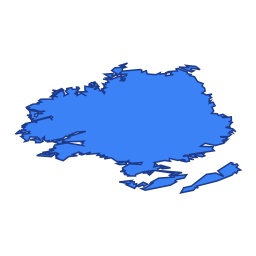 the district of Smøla nor, Møre og Romsdal, Norway
{"feature_id": "86288312B9709733023788", "entity_name": "Smøla nor", "entity_type": "district", "adm_level": 2, "iso_a3": "NOR", "parent_name": "Norway", "parent_adm1": "Møre og Romsdal", "projection": "robinson", "projection_center": [8.005, 63.377], "detail": "fine", "context": "isolated", "style": "filled", "palette": "blue", "viewbox_px": 256, "rotation_deg": 0, "n_neighbors": 0, "source": "geoboundaries", "source_scale": "gbopen_adm2", "svg_char_len": 5749}
<svg xmlns="http://www.w3.org/2000/svg" viewBox="0 0 256 256"><path d="M127.5,63.1L119.7,65.5L123.4,67.3L115.0,67.7L111.7,70.5L116.9,73.9L115.5,74.3L117.2,75.9L121.0,71.9L120.3,74.4L126.7,74.2L126.5,75.7L122.0,76.4L123.2,79.0L125.4,77.7L123.7,79.1L124.9,79.0L124.4,80.8L120.8,80.6L122.6,79.4L121.0,78.8L121.4,75.7L110.6,79.6L109.4,78.6L115.4,75.4L111.9,75.1L112.9,73.6L104.5,74.2L110.8,77.8L105.8,78.0L107.9,79.6L107.5,79.8L103.0,79.0L106.9,79.8L108.8,82.3L105.6,82.8L105.9,84.5L102.8,83.7L105.2,87.0L103.3,87.2L105.7,87.8L100.7,89.3L103.2,89.4L102.3,90.3L104.9,92.1L103.6,92.8L104.7,94.4L102.2,90.8L99.6,90.7L98.4,87.5L94.4,89.8L96.4,86.6L98.7,86.4L97.2,84.4L97.2,86.0L92.2,86.3L95.8,83.8L94.9,81.9L93.5,82.4L94.1,83.6L91.8,82.5L89.1,84.1L89.1,85.6L91.9,84.5L90.8,85.8L92.5,87.4L84.9,86.2L84.9,90.0L86.8,91.7L79.3,91.9L86.3,95.9L81.5,93.2L77.0,95.4L77.8,92.5L75.9,94.1L75.0,93.6L79.4,88.4L78.5,87.2L76.5,87.1L77.1,89.2L72.2,89.3L71.8,87.6L66.2,88.7L67.9,89.2L65.4,91.2L68.3,93.8L64.1,95.8L64.5,93.3L62.6,91.5L63.7,90.2L61.7,88.6L58.8,89.9L61.6,90.3L60.4,91.5L52.5,90.0L55.6,92.1L52.6,93.0L54.3,94.4L52.2,94.9L53.7,95.0L59.7,91.6L54.2,96.0L57.8,97.0L51.7,95.7L50.5,96.7L53.8,96.7L52.3,97.8L53.0,99.1L40.7,99.2L38.7,100.8L41.3,102.0L36.6,103.1L39.7,103.7L32.7,104.2L26.3,107.3L27.2,108.7L30.4,107.6L27.5,109.0L28.4,109.8L33.1,109.4L39.9,111.5L45.2,111.1L40.5,111.7L42.2,113.5L38.0,113.8L36.7,117.0L34.7,116.0L34.8,114.2L39.4,113.2L38.3,112.7L39.1,111.8L29.2,110.3L30.6,114.4L29.4,114.9L31.3,115.4L31.1,116.1L27.0,114.9L30.8,117.2L29.4,117.6L31.1,118.8L30.0,119.1L34.2,118.7L31.5,119.7L31.8,121.4L51.4,116.1L52.6,117.3L51.3,118.5L52.2,120.3L50.1,117.3L38.2,120.1L36.1,121.6L36.7,123.1L34.9,121.6L25.7,123.5L21.6,126.1L25.7,124.6L26.6,124.9L21.3,127.6L23.8,126.4L25.0,127.2L23.3,128.1L23.9,129.7L26.5,130.2L20.8,129.8L22.0,130.4L20.9,132.1L19.7,130.6L15.4,134.0L30.4,131.3L28.5,132.3L29.6,133.5L22.4,134.2L22.1,135.7L24.1,136.2L21.0,136.5L25.9,140.3L24.8,141.5L28.5,140.6L30.0,136.9L37.6,137.2L40.8,140.3L35.4,138.5L30.1,139.8L34.9,140.2L36.1,142.2L35.0,142.7L40.3,142.6L43.0,141.4L42.3,140.3L44.3,138.5L42.7,138.0L44.5,136.8L44.1,139.5L45.6,141.0L50.0,140.5L46.7,141.9L52.2,141.5L53.7,140.8L51.2,140.7L62.9,138.4L65.6,136.1L68.7,137.0L68.4,135.5L77.0,132.0L85.9,131.4L69.8,136.2L69.8,137.5L63.7,139.6L64.0,140.9L62.6,141.1L62.9,139.4L54.0,142.0L60.2,144.1L63.8,141.9L83.7,141.3L81.7,142.7L83.2,143.0L81.9,144.7L82.9,145.5L66.6,142.9L54.6,145.1L53.6,147.3L56.4,148.1L48.9,149.5L54.2,150.4L42.3,152.5L53.1,153.1L48.2,153.6L51.3,154.9L41.2,153.7L36.7,155.6L51.3,156.7L54.9,154.2L52.4,153.6L55.4,152.4L58.0,153.5L55.2,154.9L57.7,154.9L55.8,156.2L57.5,157.8L55.4,158.0L63.2,160.7L68.7,156.6L77.4,155.7L72.8,154.4L78.9,152.0L81.6,153.3L78.6,153.8L81.8,154.9L90.7,152.2L86.3,154.4L98.9,153.4L97.2,155.3L100.6,155.1L100.3,156.4L103.9,154.9L104.7,156.0L103.4,155.9L101.8,157.1L107.9,156.8L104.3,158.9L111.3,157.8L117.0,161.6L125.8,161.6L116.5,163.5L119.6,164.7L126.6,164.3L126.0,162.8L127.5,162.0L126.5,161.6L128.7,160.6L128.2,162.1L130.2,162.6L129.4,163.4L142.1,162.5L140.9,164.5L129.6,163.8L122.5,168.0L123.4,169.4L122.2,169.6L124.5,170.4L120.1,171.5L124.8,171.8L124.3,173.1L126.8,173.2L123.9,174.4L129.4,175.0L126.9,176.0L135.6,176.0L135.8,174.5L144.4,171.5L145.5,172.4L143.3,172.7L143.3,173.1L149.7,172.7L148.1,173.9L149.5,175.1L154.2,170.8L145.9,171.4L154.4,170.4L173.7,173.3L169.4,175.3L170.5,176.1L182.1,172.6L157.8,170.5L157.5,168.8L161.2,167.8L159.7,166.6L164.7,167.8L161.4,168.1L162.2,168.8L170.5,167.9L160.8,165.2L153.8,166.9L154.6,164.4L157.5,165.2L154.2,162.5L164.6,160.5L171.4,161.4L169.3,160.8L169.5,158.4L177.7,160.4L183.6,159.5L185.8,160.5L180.0,160.5L186.1,161.8L189.5,161.1L188.9,158.8L193.8,159.6L188.6,157.9L188.0,155.8L182.9,156.3L185.1,155.2L190.5,155.6L189.6,156.3L192.5,157.3L196.8,157.4L194.9,155.4L202.3,156.8L204.8,155.8L203.0,154.4L204.1,153.3L189.0,154.6L214.2,150.7L212.2,148.6L213.2,146.8L200.6,146.3L205.0,143.3L215.4,145.5L223.5,143.3L224.6,142.6L222.9,141.2L224.6,141.1L222.6,140.0L226.5,140.4L227.8,139.3L225.7,139.3L227.0,137.8L220.0,136.7L228.7,136.5L231.3,134.4L228.6,133.0L229.7,131.8L232.8,132.8L231.5,131.1L233.3,130.3L235.9,131.6L232.7,128.8L225.4,127.3L229.9,126.8L229.5,125.2L232.3,122.3L229.5,121.7L231.4,120.3L231.3,116.9L222.9,117.6L222.1,116.9L226.8,116.6L222.8,114.3L218.4,115.5L217.2,113.7L211.6,113.4L213.7,110.9L211.9,107.2L215.1,105.7L213.0,102.1L209.4,103.3L211.0,100.6L209.1,101.5L209.3,98.8L211.5,97.6L209.5,96.0L211.9,94.0L206.7,95.0L202.0,93.0L205.1,91.1L204.7,88.3L202.0,85.8L203.1,83.6L197.5,81.6L194.5,76.7L189.9,75.6L191.0,74.5L187.4,73.7L187.1,72.0L177.4,68.5L176.0,68.9L177.2,70.9L168.5,71.6L164.9,73.2L171.0,72.3L170.8,74.0L173.4,74.6L165.8,75.8L166.3,73.8L159.6,73.9L160.1,72.8L155.9,74.7L147.2,74.0L146.3,70.7L141.6,72.4L141.8,70.2L140.4,69.5L122.1,71.2L122.3,68.3L126.0,67.2L123.4,65.8L127.5,63.1ZM232.9,163.2L231.0,162.5L217.9,170.9L223.6,176.5L215.7,173.0L206.4,174.4L191.5,186.0L183.7,187.8L180.7,192.9L193.5,190.2L195.8,187.6L198.4,187.9L196.2,187.5L197.6,187.0L196.8,186.1L217.2,180.9L231.9,175.1L234.8,172.2L236.6,173.3L237.7,170.7L240.6,170.0L236.1,167.1L238.0,165.5L236.9,164.0L233.2,164.9L232.0,164.0L232.9,163.2ZM186.7,174.7L173.9,175.8L174.2,177.1L158.8,178.1L151.1,182.3L150.3,183.3L153.6,182.6L146.2,187.5L141.5,188.7L145.2,190.2L170.5,185.1L176.4,181.8L174.9,181.2L176.4,179.7L184.3,178.0L186.7,174.7ZM132.0,180.5L119.2,181.9L129.1,183.8L126.3,184.8L134.5,188.4L136.9,185.9L138.9,186.7L142.7,184.9L143.9,186.3L147.7,184.3L143.3,182.2L136.1,186.2L136.6,183.7L134.1,184.3L134.3,181.9L130.7,181.8L132.0,180.5ZM195.9,66.5L186.0,65.4L188.3,67.5L178.8,67.1L191.5,72.0L193.9,70.8L190.6,69.8L191.7,68.2L200.1,69.6L195.9,66.5Z" fill="#3b82f6" stroke="#1e3a8a" stroke-width="1.5"/></svg>